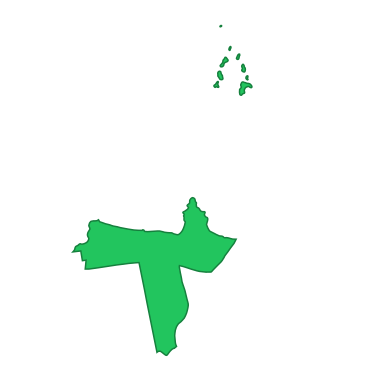 Ha Tien, Kiên Giang, Vietnam, rotated 138°
{"feature_id": "81297802B34321495303848", "entity_name": "Ha Tien", "entity_type": "district", "adm_level": 2, "iso_a3": "VNM", "parent_name": "Vietnam", "parent_adm1": "Kiên Giang", "projection": "mercator", "projection_center": [104.405, 10.36], "detail": "fine", "context": "isolated", "style": "filled", "palette": "green", "viewbox_px": 384, "rotation_deg": 138, "n_neighbors": 0, "source": "geoboundaries", "source_scale": "gbopen_adm2", "svg_char_len": 5894}
<svg xmlns="http://www.w3.org/2000/svg" viewBox="0 0 384 384"><g transform="rotate(138 192 192)"><path d="M306.8,87.6L306.6,88.2L306.0,89.8L305.1,91.3L301.0,96.8L299.3,98.4L296.8,100.5L293.8,102.2L291.5,102.9L290.1,103.2L287.0,103.0L284.6,103.2L282.1,103.5L279.5,104.5L277.0,105.7L274.8,107.1L272.4,108.8L270.6,110.3L269.7,111.4L268.9,112.8L267.5,115.6L263.1,123.7L260.6,129.5L259.4,132.1L257.4,135.2L254.6,140.0L251.6,144.8L250.6,145.7L248.4,142.5L246.0,138.4L244.5,135.7L241.0,130.0L239.5,127.9L235.3,123.2L231.4,119.8L230.8,119.7L228.0,120.0L221.8,120.4L217.3,120.6L215.5,120.9L212.0,121.9L210.3,122.6L205.7,123.5L200.9,124.6L195.2,125.7L192.8,126.6L190.8,127.4L193.3,129.8L194.7,131.9L195.4,133.1L196.2,134.2L197.2,135.3L198.1,135.9L198.5,136.4L198.7,136.8L198.8,138.1L199.1,138.8L199.4,139.3L200.9,140.9L201.3,141.6L202.0,143.3L202.4,144.1L202.8,145.3L204.7,150.2L204.9,150.8L205.0,151.6L204.4,154.4L203.1,157.9L202.8,158.2L202.4,158.5L200.9,159.5L199.7,160.2L198.3,161.4L198.0,162.0L197.8,162.6L197.8,162.8L198.4,164.0L198.4,165.9L198.3,166.3L198.0,166.7L197.6,167.1L197.1,167.4L196.1,167.9L195.8,168.3L195.8,168.6L195.9,169.0L197.0,170.0L197.5,170.6L197.9,171.2L198.1,171.6L198.2,172.4L198.1,173.4L197.9,174.1L197.8,175.4L198.0,176.1L198.5,177.3L198.5,177.9L198.4,178.4L197.9,178.8L197.4,179.7L196.3,180.6L195.9,181.1L195.9,182.4L195.6,183.1L194.8,184.4L194.6,184.8L194.6,185.3L194.6,185.9L195.0,186.9L195.3,187.3L195.6,187.6L196.5,187.8L197.5,187.8L198.8,187.5L199.3,187.3L201.0,185.6L201.3,185.4L201.6,185.3L204.1,185.4L204.4,185.3L204.8,185.1L204.9,184.8L205.0,182.8L205.5,182.5L206.3,182.3L207.1,182.2L210.5,182.6L211.3,182.9L212.1,183.0L212.3,183.0L212.6,182.5L212.7,182.1L212.6,181.3L212.7,180.8L213.4,180.2L214.2,179.9L214.4,179.5L214.7,178.7L215.1,178.2L215.8,177.5L216.7,176.5L216.9,175.7L216.9,174.4L217.2,174.1L220.2,172.0L222.9,170.6L224.8,169.8L226.4,169.4L228.2,169.2L230.0,169.3L230.7,169.5L231.3,169.9L232.1,170.9L233.6,173.2L234.3,175.1L237.2,178.0L239.3,180.4L240.3,182.0L242.2,184.7L243.5,185.9L251.5,192.2L253.5,194.3L253.6,194.6L253.3,195.7L253.4,196.1L253.7,196.6L254.0,196.9L254.3,196.9L254.5,196.8L255.0,197.1L257.7,199.6L260.6,202.6L264.4,207.3L269.2,213.6L270.7,216.0L273.3,219.4L274.2,220.9L274.8,222.1L275.8,223.7L277.6,226.3L278.9,228.8L280.4,231.4L280.5,231.9L280.5,232.3L280.2,233.1L280.1,233.7L280.1,234.0L281.3,234.1L282.0,234.4L283.4,235.4L284.6,236.5L285.4,237.0L286.6,237.7L287.1,237.8L288.9,237.5L290.7,236.4L291.3,235.9L291.7,234.8L292.1,233.7L292.4,233.1L292.7,232.8L293.0,232.6L295.0,232.0L296.3,231.6L297.9,230.6L298.6,229.8L299.1,228.9L299.4,227.7L299.6,226.9L299.9,226.4L300.6,225.9L301.6,225.4L303.0,225.0L304.4,225.1L305.5,225.3L307.3,226.0L308.3,226.6L309.0,227.2L309.7,228.3L310.1,228.5L310.5,228.6L311.3,228.7L312.1,228.6L314.5,229.2L315.2,229.2L316.0,228.9L317.8,227.7L319.0,227.4L320.6,227.2L314.1,222.6L319.4,214.3L316.3,212.2L322.9,206.2L320.0,203.6L312.6,198.6L296.8,188.2L291.1,184.2L286.7,181.2L281.0,176.9L278.6,175.0L292.9,150.8L299.8,139.4L325.3,96.3L324.8,96.3L324.1,96.2L323.2,95.8L322.4,95.2L322.0,94.6L321.7,93.6L321.0,89.4L320.6,88.1L320.1,87.6L319.3,87.5L316.0,88.2L314.4,88.4L312.2,88.5L310.6,88.2L309.7,87.7L306.8,87.6ZM81.5,233.6L80.2,233.1L79.6,232.8L79.1,232.1L78.9,231.1L78.7,230.6L78.2,229.9L77.6,229.8L77.3,229.9L76.9,230.3L76.7,230.7L76.6,231.1L76.5,232.0L76.5,232.9L76.7,233.7L76.9,234.1L77.4,234.9L78.5,236.1L78.8,236.7L79.0,237.3L79.8,238.4L80.2,239.3L80.5,239.7L80.8,239.9L81.2,240.1L81.6,240.1L81.9,240.1L83.9,239.2L84.5,238.5L85.1,237.1L85.4,236.8L86.0,236.6L87.6,236.4L88.0,236.3L89.9,234.4L90.8,233.1L91.1,232.6L91.2,231.9L91.0,231.4L90.7,231.0L90.3,230.8L89.3,231.0L88.5,231.0L87.1,230.4L86.9,230.4L86.6,230.5L86.1,230.9L85.6,232.0L85.0,232.7L84.7,232.9L83.1,233.6L82.3,233.7L81.5,233.6ZM86.9,266.0L86.7,265.7L86.4,265.3L85.8,264.9L85.5,264.8L85.0,264.7L84.0,264.8L83.3,265.2L82.4,265.9L81.7,266.1L80.9,266.1L80.4,266.0L78.8,265.4L78.3,265.3L77.6,265.4L77.2,265.6L77.0,265.8L76.9,266.0L76.6,268.9L76.7,269.4L77.0,269.7L77.2,269.9L77.4,269.9L78.4,269.6L79.2,269.3L80.5,269.2L80.8,269.1L82.0,268.1L82.6,267.7L83.8,267.5L86.1,267.2L86.6,267.0L86.8,266.5L86.9,266.0ZM92.0,263.7L92.9,263.4L93.6,262.8L94.3,261.8L95.1,261.0L95.3,260.5L95.3,259.8L95.8,257.4L95.7,256.7L95.3,256.1L94.8,255.6L94.2,255.3L93.6,255.3L93.3,255.4L93.2,255.6L92.8,256.1L92.2,257.2L91.5,258.2L91.4,258.7L91.4,259.4L91.1,260.4L90.4,261.7L90.3,262.2L90.2,262.3L90.3,262.7L90.6,263.2L90.8,263.4L91.2,263.6L92.0,263.7ZM69.3,252.9L70.5,252.5L70.8,252.3L71.3,251.6L71.5,250.7L71.7,250.3L72.1,249.9L72.7,249.7L73.1,249.5L73.7,249.0L73.8,248.8L73.8,248.3L73.6,247.2L73.0,246.3L72.7,246.1L72.1,246.1L71.2,246.6L70.3,247.4L69.6,248.4L69.4,249.7L69.2,250.4L68.7,251.0L68.5,251.9L68.5,252.6L68.7,252.8L69.0,252.9L69.3,252.9ZM104.8,256.1L105.0,255.2L104.9,254.5L104.8,254.3L104.5,254.2L103.4,254.0L103.3,253.8L102.9,252.7L102.7,252.5L102.3,252.1L102.1,252.1L101.8,252.2L101.6,252.5L101.0,254.3L100.6,255.0L100.1,255.4L99.1,255.9L98.8,256.2L98.7,256.6L98.8,256.8L99.1,256.9L99.6,257.0L100.5,256.8L102.5,256.3L103.1,256.3L103.8,256.5L104.4,256.4L104.8,256.1ZM66.6,263.0L69.2,261.8L69.5,261.6L69.7,261.1L69.7,260.6L69.3,259.9L68.9,259.7L68.3,259.7L67.8,259.9L65.7,261.4L65.2,261.5L64.6,262.2L64.4,262.6L64.6,262.9L65.2,263.2L65.8,263.2L66.6,263.0ZM73.6,241.5L74.3,241.5L75.1,241.1L75.7,240.6L75.9,240.2L76.0,239.5L76.0,238.9L75.8,238.5L75.6,238.1L75.4,238.1L75.2,238.1L75.0,238.7L74.7,239.2L74.5,239.4L73.4,240.2L73.0,240.6L72.9,240.8L73.0,241.2L73.3,241.3L73.6,241.5ZM66.4,274.5L67.7,274.2L68.1,274.0L68.9,273.5L69.3,273.1L69.4,272.6L69.3,272.1L69.0,272.0L68.6,272.0L68.0,272.5L66.6,273.1L66.3,273.4L66.0,273.8L66.0,274.1L66.1,274.4L66.4,274.5ZM60.2,296.5L60.4,296.4L60.5,296.1L60.5,295.9L60.0,295.6L59.7,295.5L59.2,295.4L58.8,295.7L58.7,295.9L58.9,296.2L59.1,296.4L59.4,296.4L60.2,296.5Z" fill="#22c55e" stroke="#15803d" stroke-width="1.5"/></g></svg>